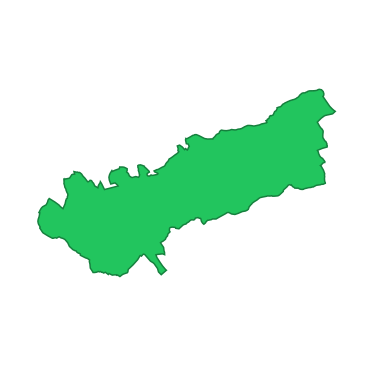 the district of Matei, Bistrita-Nasaud, Romania, rotated 78°
{"feature_id": "2599482B73897291449250", "entity_name": "Matei", "entity_type": "district", "adm_level": 2, "iso_a3": "ROU", "parent_name": "Romania", "parent_adm1": "Bistrita-Nasaud", "projection": "albers", "projection_center": [24.25, 46.99], "detail": "fine", "context": "isolated", "style": "filled", "palette": "green", "viewbox_px": 384, "rotation_deg": 78, "n_neighbors": 0, "source": "geoboundaries", "source_scale": "gbopen_adm2", "svg_char_len": 6046}
<svg xmlns="http://www.w3.org/2000/svg" viewBox="0 0 384 384"><g transform="rotate(78 192 192)"><path d="M245.3,307.3L248.6,306.0L250.2,305.5L250.5,304.1L250.6,302.5L250.5,301.4L250.2,300.3L250.8,299.4L250.9,298.9L250.7,298.4L250.7,298.1L251.7,297.2L251.7,296.6L252.9,295.2L252.5,293.4L255.3,291.0L254.5,290.1L256.7,287.3L257.0,284.4L257.3,283.7L257.8,283.0L257.4,282.8L258.1,281.7L259.7,280.1L258.3,277.2L258.0,276.0L257.5,272.0L256.7,271.3L255.5,270.9L254.4,270.4L251.0,264.8L246.9,259.2L243.4,256.0L243.5,255.5L244.2,254.8L242.7,252.6L242.8,252.0L243.4,251.2L251.0,247.0L253.2,244.7L254.1,244.0L259.7,241.6L263.2,241.4L266.5,239.3L263.2,233.3L262.5,233.9L258.2,236.2L254.1,237.9L248.6,240.0L245.9,240.3L245.9,238.3L246.4,233.6L247.6,231.8L245.2,231.4L243.7,231.6L240.3,231.3L235.1,233.4L234.6,232.4L234.0,230.4L232.7,227.8L231.1,226.8L229.8,225.0L228.8,224.7L228.2,224.3L227.7,223.8L226.4,221.8L225.4,222.1L224.7,222.1L222.9,221.5L222.4,221.1L222.2,220.3L222.2,218.8L223.0,216.1L223.3,215.7L224.1,215.5L225.3,212.4L222.5,207.7L222.2,206.9L222.0,204.4L221.0,203.0L220.8,202.0L220.4,201.1L220.0,200.4L219.5,199.9L219.1,198.1L219.7,196.3L219.5,195.2L218.2,194.1L218.3,191.9L218.2,191.4L218.9,190.7L219.6,189.5L219.6,189.1L220.5,188.9L222.4,188.9L223.2,188.7L224.9,188.0L226.0,187.1L225.0,185.2L224.4,184.8L223.0,182.8L222.9,182.4L223.1,181.3L222.9,180.4L223.1,179.5L223.0,178.5L222.6,177.6L223.4,174.1L222.4,171.1L220.1,163.4L219.5,162.3L219.5,161.9L219.7,160.2L221.7,157.9L222.9,154.7L222.5,151.2L221.6,146.9L221.7,143.6L221.3,141.9L220.6,140.5L218.4,139.2L216.9,137.3L216.1,136.0L215.4,135.3L214.3,132.8L213.4,130.2L211.8,127.1L211.7,126.6L211.6,124.3L211.7,119.7L211.5,119.1L212.2,116.5L212.2,114.8L212.7,114.5L213.1,113.0L213.5,109.9L213.6,108.7L213.1,107.1L210.4,102.6L209.4,102.4L208.6,101.4L207.9,100.1L206.6,97.9L205.4,96.5L205.1,95.2L205.3,94.6L205.9,93.9L205.9,93.7L205.7,93.4L207.7,92.4L208.6,91.3L209.6,90.6L210.4,87.1L211.3,86.3L212.1,84.8L212.5,83.2L212.5,82.4L212.2,81.6L212.1,80.5L212.1,79.3L212.0,77.0L212.3,74.8L212.1,73.2L212.3,72.5L211.3,68.9L211.6,65.1L211.4,63.4L211.7,62.3L211.2,59.8L210.5,59.7L209.1,60.0L206.2,59.6L204.5,59.0L203.0,58.9L201.7,58.4L197.9,58.9L193.9,60.2L192.8,60.9L192.4,59.7L191.1,58.3L190.6,56.5L190.7,56.0L190.2,55.9L189.9,55.7L186.3,57.3L185.1,58.6L183.8,59.4L181.1,60.1L178.8,60.2L177.4,60.7L177.0,58.8L176.4,55.2L176.1,50.5L175.0,50.1L174.4,50.1L174.0,50.5L173.0,50.0L170.9,50.5L170.4,50.6L170.0,51.1L169.2,51.6L165.8,52.7L163.1,52.1L160.4,51.2L159.3,51.1L157.3,51.8L157.2,52.1L154.3,53.5L149.7,54.9L146.6,50.1L145.1,46.8L144.9,46.0L144.8,44.1L144.8,38.7L144.7,38.1L142.9,35.1L141.6,36.3L139.7,37.7L136.8,39.5L125.7,44.1L125.3,43.4L124.5,42.9L123.3,42.6L121.0,42.8L118.9,44.1L118.0,46.2L118.1,47.4L118.5,48.5L118.5,49.9L118.3,51.8L117.5,56.1L117.6,57.8L118.0,58.4L118.0,59.4L118.5,60.8L118.2,62.6L118.2,63.5L118.4,64.2L119.8,66.7L120.7,67.5L121.2,68.2L121.9,70.2L122.2,70.6L122.7,72.8L122.7,73.9L123.0,77.1L123.3,78.3L123.5,79.6L124.0,81.4L124.1,82.3L124.6,83.3L125.1,85.1L126.4,86.6L127.0,87.8L127.0,89.4L127.3,91.3L127.8,91.2L129.7,92.6L130.1,93.1L130.2,93.7L130.6,94.5L133.5,96.6L133.9,98.6L133.9,98.8L133.6,99.2L133.6,99.6L134.6,100.7L135.6,101.1L136.0,101.6L136.6,103.2L137.4,103.6L137.6,104.8L139.4,104.2L139.8,104.7L139.9,107.1L139.9,109.9L140.4,111.9L140.4,117.3L140.3,118.0L139.4,120.1L138.7,122.5L138.5,123.9L139.1,126.9L140.2,130.3L140.3,132.1L140.1,133.8L140.4,136.1L140.0,137.9L139.1,140.3L139.4,142.3L139.2,145.6L138.5,148.1L137.6,150.3L137.9,151.4L138.4,152.0L138.9,152.6L140.1,153.2L140.9,156.2L142.7,158.3L143.8,160.2L144.5,160.6L144.1,162.0L143.5,165.6L142.3,168.6L138.4,173.4L136.9,175.6L136.7,176.1L136.5,177.4L136.8,178.3L136.8,179.7L137.3,180.9L138.7,185.4L138.7,186.3L138.4,186.9L138.8,186.9L139.6,187.5L143.6,187.5L144.3,185.8L146.8,185.2L147.3,185.8L149.9,187.7L150.0,187.9L149.8,188.1L148.2,189.2L149.0,190.4L146.0,192.1L143.6,194.3L143.6,194.9L143.9,196.8L146.7,196.5L148.7,197.2L149.8,196.6L150.4,197.1L151.9,199.8L151.8,200.1L153.6,203.8L154.7,206.5L154.8,207.3L157.3,209.4L157.7,210.4L159.2,212.0L160.6,213.0L161.1,214.0L161.6,216.3L162.9,220.5L162.8,221.7L163.5,224.7L164.5,224.4L166.2,222.0L166.8,221.4L167.1,221.5L167.6,222.3L167.6,226.6L167.4,227.8L166.8,228.5L167.6,230.1L167.2,231.7L166.4,232.3L165.1,232.3L164.6,231.8L163.7,230.0L163.7,229.6L162.9,229.6L159.3,231.9L157.7,233.2L156.9,233.2L155.5,235.3L154.7,236.8L154.6,238.7L154.9,239.5L156.9,239.8L158.0,239.5L159.8,240.0L162.3,239.7L163.4,239.9L164.0,239.6L165.7,240.3L166.5,241.3L165.2,243.7L165.4,247.6L164.7,248.6L163.3,249.9L160.6,250.4L158.8,251.8L157.3,250.9L155.7,250.6L153.8,253.0L153.3,254.1L152.5,257.5L154.1,258.3L154.7,262.8L155.3,265.6L154.4,265.9L156.4,267.9L158.0,269.1L160.3,270.2L163.3,270.4L167.3,269.8L167.1,265.4L169.5,263.5L170.8,263.0L171.4,277.1L164.7,278.8L162.9,279.5L163.6,279.8L166.0,282.1L168.3,283.2L165.8,285.9L162.9,286.5L162.0,287.2L160.0,287.9L159.5,288.7L159.4,289.4L159.8,289.7L160.4,291.1L160.2,292.0L156.1,293.9L153.9,295.3L151.4,296.3L149.8,297.6L149.5,297.9L149.4,298.9L148.7,299.9L148.6,300.9L147.5,303.2L150.1,303.1L149.9,305.2L150.1,306.0L153.0,308.9L153.0,313.1L152.6,313.6L153.5,314.3L153.1,314.7L155.9,315.1L157.1,315.5L159.3,315.3L160.7,315.4L163.2,314.7L164.1,314.8L166.5,314.4L168.0,313.9L169.6,314.2L170.6,314.9L172.2,315.3L172.7,316.4L173.5,316.7L173.8,317.1L177.2,318.6L181.5,321.7L178.9,323.8L177.1,324.8L173.3,328.2L168.7,333.0L169.9,334.4L172.0,335.5L174.2,337.3L175.4,341.2L176.5,342.8L177.7,343.9L180.3,346.0L180.7,345.2L184.2,346.6L186.7,348.1L188.5,348.8L190.2,348.9L191.6,348.8L194.6,347.8L194.9,347.8L195.2,348.2L195.6,348.4L200.7,346.4L201.2,346.0L205.2,341.8L208.2,338.2L208.4,337.1L208.2,335.3L209.0,333.9L208.2,331.7L208.2,331.2L209.5,329.9L210.7,327.7L212.1,326.1L215.8,324.1L219.8,323.2L223.6,320.5L225.1,318.6L225.3,317.8L227.2,316.9L228.2,315.8L228.5,315.1L229.4,314.1L230.5,314.4L230.9,314.1L234.4,309.7L235.4,307.8L236.0,307.5L237.1,306.3L238.8,306.9L241.3,306.8L245.3,307.3Z" fill="#22c55e" stroke="#15803d" stroke-width="1.5"/></g></svg>